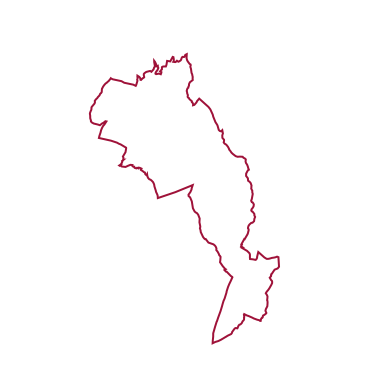 Mariano Escobedo, Veracruz, Mexico (orthographic projection), rotated 41°
{"feature_id": "50627088B59483317107239", "entity_name": "Mariano Escobedo", "entity_type": "district", "adm_level": 2, "iso_a3": "MEX", "parent_name": "Mexico", "parent_adm1": "Veracruz", "projection": "orthographic", "projection_center": [-97.17, 18.926], "detail": "fine", "context": "isolated", "style": "outline", "palette": "rose", "viewbox_px": 384, "rotation_deg": 41, "n_neighbors": 0, "source": "geoboundaries", "source_scale": "gbopen_adm2", "svg_char_len": 5988}
<svg xmlns="http://www.w3.org/2000/svg" viewBox="0 0 384 384"><g transform="rotate(41 192 192)"><path d="M69.5,205.1L71.0,205.2L72.9,204.8L76.8,202.8L78.7,202.0L79.2,199.2L79.8,197.8L80.2,195.4L81.1,194.9L81.6,198.4L81.6,200.6L82.1,202.8L82.9,205.1L84.0,207.2L85.3,210.4L86.3,212.3L97.2,206.4L102.0,204.4L102.9,204.0L105.3,203.5L106.9,202.9L113.2,201.8L113.7,202.3L115.7,205.6L116.6,210.6L117.9,211.2L118.8,212.7L118.9,212.8L119.2,212.5L118.9,214.5L119.5,214.8L120.1,216.8L120.5,217.1L120.1,217.8L120.2,218.0L119.7,219.7L120.4,219.6L120.3,218.5L122.3,218.8L125.4,216.7L126.6,214.0L127.7,211.9L129.4,210.7L129.8,211.3L130.0,211.5L130.7,211.5L131.8,210.8L132.3,211.3L132.9,211.4L134.5,210.7L134.6,209.9L135.9,209.4L135.7,209.0L135.5,208.9L135.6,208.7L136.8,208.0L138.5,207.5L138.7,208.8L139.1,208.9L140.0,208.7L141.9,208.5L142.4,208.6L143.1,208.4L143.7,208.2L145.1,209.2L146.8,209.2L146.5,208.1L147.4,208.9L149.3,210.1L151.3,210.4L152.8,209.9L154.2,209.9L156.2,210.1L158.4,211.1L160.1,212.5L163.9,214.8L164.6,215.4L167.7,216.8L168.7,217.5L170.2,219.0L179.5,203.1L188.0,186.3L188.4,187.2L189.4,189.6L190.0,190.4L190.8,193.1L191.1,196.3L192.1,197.3L194.1,197.3L198.0,199.2L203.4,203.7L206.8,205.0L208.2,205.0L209.7,204.7L211.6,205.1L215.2,207.0L217.5,210.0L220.8,212.5L221.5,213.5L221.7,214.1L223.7,215.4L224.9,216.5L229.9,218.7L232.0,219.1L232.9,219.0L233.2,218.5L237.6,219.4L242.6,217.4L244.5,217.4L245.8,217.7L247.4,218.5L248.5,219.9L250.4,220.2L252.8,221.1L254.2,221.9L254.8,221.8L256.1,222.2L258.4,225.3L259.2,226.6L263.8,227.8L267.3,228.3L268.1,228.2L267.7,229.6L270.0,229.8L270.5,229.4L276.4,229.9L278.1,229.7L278.4,229.8L279.5,233.3L280.5,237.0L281.5,240.0L283.3,244.2L284.0,245.3L284.7,246.9L286.5,251.0L287.3,253.6L288.8,256.9L289.5,258.3L291.7,263.2L294.1,269.5L295.6,273.1L295.7,273.7L297.8,278.5L300.7,284.7L303.0,287.4L305.0,290.3L306.8,292.6L308.0,289.8L309.6,287.3L310.8,284.5L313.3,276.8L314.7,273.6L314.7,272.7L314.5,271.9L314.1,271.2L313.8,267.0L314.2,266.0L315.1,265.4L315.6,265.3L315.7,265.1L314.8,262.3L314.8,261.1L315.4,260.2L315.6,258.5L315.0,256.3L315.1,255.5L315.0,254.3L314.6,253.6L313.7,252.8L313.4,251.9L312.9,251.6L312.8,251.4L311.7,250.6L311.7,250.4L311.5,249.9L314.6,249.1L316.0,248.5L320.2,247.2L321.3,247.0L324.8,245.7L327.0,244.6L328.0,244.6L328.4,244.2L327.9,243.5L327.3,242.1L327.3,241.0L327.6,240.8L327.5,240.0L326.9,239.2L326.7,238.6L327.1,237.6L327.4,236.4L327.6,235.2L327.5,234.5L325.4,233.5L324.6,232.0L323.8,228.8L321.7,226.0L320.4,224.7L319.7,224.4L318.5,222.6L317.4,221.2L315.9,220.5L314.1,220.0L313.8,218.2L313.8,216.1L313.6,214.1L312.8,210.1L312.2,208.1L311.1,206.9L310.5,206.6L309.6,206.6L306.9,205.7L306.9,203.7L306.1,202.9L306.2,202.4L305.7,201.7L305.9,200.9L305.7,199.9L305.3,196.4L306.8,193.5L306.7,191.3L300.0,184.5L298.6,185.0L297.9,186.4L297.0,187.6L295.4,189.5L294.7,190.7L293.7,192.1L292.7,193.1L292.1,193.5L289.5,193.9L281.4,193.8L283.6,198.1L284.3,199.0L284.7,200.5L284.6,201.4L284.4,201.6L282.2,202.8L279.8,204.5L278.7,203.5L277.3,201.8L276.5,201.0L275.4,200.5L272.2,200.3L266.3,201.4L266.8,200.5L264.6,200.7L264.2,199.0L263.6,199.1L262.3,193.2L262.7,193.1L261.6,187.3L261.3,186.7L261.1,186.0L260.6,185.3L260.1,184.1L259.2,183.0L258.1,182.7L257.5,181.9L256.8,180.2L256.7,178.6L257.0,176.4L257.8,175.5L258.0,173.3L256.6,171.2L256.2,169.9L256.0,169.4L254.5,168.8L253.5,167.7L251.8,167.3L250.5,167.1L249.8,167.4L248.8,167.0L248.3,166.0L248.2,164.0L247.9,162.5L246.9,160.9L245.9,160.4L244.6,160.1L243.8,160.4L242.4,159.8L241.7,158.0L239.1,153.6L237.6,152.6L236.7,151.5L234.5,150.6L233.9,149.7L233.3,149.0L232.7,148.1L230.5,146.8L228.7,146.5L227.1,146.7L226.5,146.3L225.2,145.0L222.3,144.4L220.8,142.6L220.2,140.2L220.0,138.8L220.3,137.9L218.8,137.1L217.5,136.2L215.6,135.2L213.7,134.7L212.4,133.8L211.2,132.1L210.0,132.0L208.3,132.4L207.1,132.2L204.9,133.9L203.3,135.5L201.4,136.3L197.8,136.5L195.9,136.4L193.7,135.8L192.2,135.6L191.8,135.2L189.5,134.3L186.9,133.8L184.8,134.1L183.4,133.8L182.6,132.3L181.8,131.5L180.6,131.4L179.4,131.2L177.7,129.4L176.9,127.5L174.3,125.5L174.2,127.1L172.9,127.7L171.5,127.6L167.5,125.0L166.0,124.5L163.9,123.9L158.6,121.2L156.9,120.0L151.6,117.6L148.6,117.0L136.2,116.8L136.2,120.2L136.6,121.4L136.6,124.7L135.9,125.8L135.5,125.2L134.9,124.8L133.7,124.2L133.0,124.3L132.4,123.6L129.2,123.6L127.9,123.1L127.4,123.3L126.4,123.1L126.0,122.7L125.5,121.8L124.9,121.3L123.9,120.9L122.8,119.9L121.7,119.2L120.9,117.6L120.6,116.6L120.8,115.7L120.1,114.7L120.0,113.8L119.0,112.6L118.4,110.6L119.1,107.0L117.6,105.5L117.2,104.8L115.4,103.5L115.0,103.1L113.5,102.4L110.4,99.7L108.6,98.6L107.8,97.1L107.2,96.7L106.2,96.9L103.0,96.2L101.6,95.6L100.0,94.5L97.6,91.4L97.0,92.8L97.6,95.0L97.3,95.5L96.3,96.1L96.1,96.9L96.3,97.7L96.9,99.1L97.1,99.9L97.0,100.6L96.7,101.4L96.5,102.2L96.4,102.5L96.1,102.7L94.5,102.8L94.4,104.6L94.1,105.0L92.5,106.0L92.4,105.2L91.1,103.7L89.5,102.4L88.8,102.7L89.9,107.7L87.2,109.4L89.3,112.8L89.9,114.4L87.8,116.3L87.8,116.6L87.4,117.2L87.5,117.6L88.9,119.3L88.7,120.4L88.8,121.9L90.3,121.6L90.8,122.5L91.2,123.6L89.4,124.3L87.6,126.6L86.9,126.7L86.5,126.4L86.2,125.5L86.0,124.6L86.0,122.9L85.3,120.6L84.8,120.2L84.3,120.1L83.6,119.4L83.5,119.8L82.9,120.4L82.1,119.6L78.8,118.1L77.4,117.8L78.3,118.8L81.6,121.5L81.8,123.0L82.5,124.6L82.5,127.9L81.0,128.1L80.0,129.5L78.7,131.4L78.2,133.4L78.2,134.5L78.9,135.4L80.6,136.7L80.6,137.4L80.2,138.4L80.0,140.9L79.5,141.1L78.2,140.0L76.7,139.7L74.5,140.0L75.2,140.9L76.3,141.8L76.9,143.2L77.9,143.9L79.7,147.9L79.9,148.8L77.3,149.5L69.2,154.0L66.1,154.6L58.3,158.9L56.7,159.4L56.1,159.4L56.2,160.1L56.3,162.9L56.0,164.6L56.0,165.4L55.6,166.8L55.6,169.2L55.8,170.9L56.1,172.0L56.3,173.1L56.9,174.0L58.3,175.8L58.5,177.2L58.3,177.6L58.3,178.2L58.8,179.7L58.8,180.4L58.7,182.3L58.9,183.1L58.7,185.2L58.8,186.4L58.9,187.1L59.8,187.8L59.9,188.1L60.4,189.1L60.5,193.4L60.6,194.0L61.9,195.7L62.3,196.6L62.4,197.2L63.1,199.1L63.4,199.7L64.0,200.3L65.1,201.2L66.8,203.1L68.9,204.4L69.5,205.1Z" fill="none" stroke="#9f1239" stroke-width="2"/></g></svg>